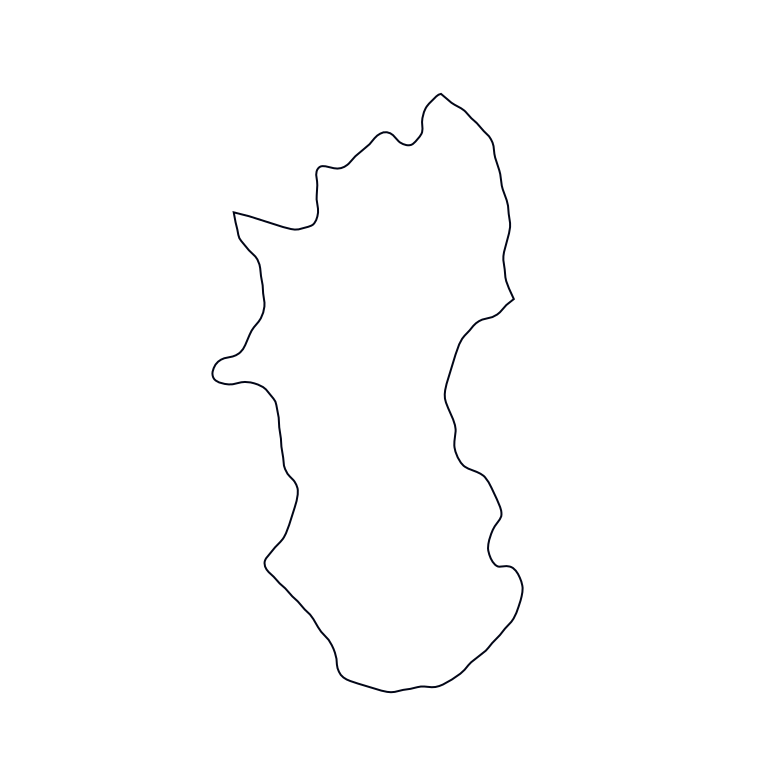 Sabana Larga, San José de Ocoa, Dominican Republic (Natural Earth projection), rotated 17°
{"feature_id": "3306468B82901312279704", "entity_name": "Sabana Larga", "entity_type": "district", "adm_level": 2, "iso_a3": "DOM", "parent_name": "Dominican Republic", "parent_adm1": "San José de Ocoa", "projection": "natural_earth1", "projection_center": [-70.54, 18.642], "detail": "fine", "context": "isolated", "style": "outline", "palette": "ink", "viewbox_px": 768, "rotation_deg": 17, "n_neighbors": 0, "source": "geoboundaries", "source_scale": "gbopen_adm2", "svg_char_len": 3757}
<svg xmlns="http://www.w3.org/2000/svg" viewBox="0 0 768 768"><g transform="rotate(17 384 384)"><path d="M190.1,263.8L194.8,272.8L198.6,279.2L201.1,284.0L203.1,286.9L205.7,289.0L215.7,295.6L223.7,299.7L226.5,301.9L230.0,306.2L231.8,309.6L234.8,316.7L239.1,325.1L241.9,332.6L245.9,341.1L247.0,344.9L247.6,351.0L247.0,357.2L245.9,361.0L243.0,367.8L241.8,371.7L241.1,376.1L239.9,387.4L239.0,391.8L237.4,395.5L236.4,397.1L234.0,399.8L231.3,401.9L223.7,406.1L221.0,408.4L218.8,411.2L217.2,414.7L216.5,418.6L216.5,422.4L216.9,424.3L217.7,426.1L218.8,427.7L220.4,429.1L222.1,429.9L225.8,430.7L231.6,430.5L235.6,429.8L239.4,428.5L247.0,424.1L250.4,422.7L256.0,421.5L259.8,421.3L263.6,421.4L269.2,422.3L272.7,423.7L282.7,430.4L285.3,432.6L287.2,435.6L293.1,446.9L296.5,456.1L301.4,466.4L304.2,473.9L309.2,484.1L312.2,491.3L314.3,494.3L318.0,498.1L321.0,500.0L325.6,502.5L327.0,503.5L329.6,506.0L331.8,509.0L332.6,510.7L333.8,514.9L334.6,521.4L334.7,528.2L334.5,546.5L333.9,555.5L333.1,559.9L332.5,561.9L331.0,565.4L327.6,572.0L322.2,585.2L321.9,586.8L321.8,588.5L322.1,590.2L323.6,593.3L325.9,595.7L328.7,597.6L334.9,600.6L342.5,605.2L349.3,608.3L358.4,613.9L365.1,617.1L374.1,622.8L380.7,626.1L385.1,629.4L392.0,635.8L396.3,639.3L405.9,644.9L410.4,649.0L413.2,652.1L415.7,655.4L418.9,660.7L421.0,666.1L422.7,669.4L425.0,672.3L427.7,674.8L431.0,676.5L434.7,677.5L438.6,677.9L446.6,678.1L471.1,678.0L477.0,677.5L480.8,676.7L484.3,675.3L491.8,670.9L498.4,667.8L504.5,664.2L507.6,662.6L511.1,661.5L518.3,660.0L521.8,658.7L525.1,656.7L528.2,654.2L535.3,646.8L541.7,638.7L544.6,633.8L546.9,628.2L548.7,624.6L559.3,609.3L561.0,605.6L563.2,600.1L568.3,590.1L571.2,582.6L575.3,574.2L576.5,570.4L577.5,564.2L577.8,557.7L577.9,551.2L577.7,546.9L577.2,542.6L576.2,538.5L575.3,536.5L573.1,532.8L570.5,529.5L567.7,526.5L564.6,524.0L561.2,522.3L559.4,521.9L557.7,521.8L554.4,522.3L547.7,525.0L546.2,525.2L544.6,524.9L543.0,524.3L539.9,522.3L537.1,519.6L534.6,516.4L532.4,512.8L531.5,510.7L530.6,506.6L530.2,502.3L530.3,495.9L530.7,491.7L531.5,487.7L534.3,479.6L534.8,476.3L534.5,474.5L533.9,472.7L533.1,470.9L531.0,467.7L525.7,461.3L517.1,451.8L512.7,447.3L507.8,443.6L506.1,442.7L502.5,441.6L498.7,441.0L489.4,440.3L485.7,439.5L484.0,438.9L480.5,436.8L476.0,432.7L472.1,427.8L470.0,424.1L469.2,422.2L468.1,418.2L466.3,408.2L465.7,406.3L463.9,402.6L460.4,397.6L452.4,388.3L448.6,383.5L446.5,380.0L445.1,376.1L444.3,372.0L443.8,365.6L443.8,334.9L444.3,324.1L445.5,317.9L446.9,314.3L450.2,307.7L452.4,302.3L454.2,299.0L456.5,296.1L459.1,293.7L468.1,288.3L471.9,284.5L473.9,281.5L477.9,272.7L483.3,264.8L475.5,256.0L470.8,249.9L468.9,246.5L465.9,239.1L461.9,230.6L460.8,226.8L460.2,222.7L459.5,203.3L458.7,197.1L457.5,193.2L453.5,184.8L450.5,177.3L447.6,172.4L440.7,163.2L438.7,160.0L433.8,149.3L431.8,146.0L424.1,135.0L422.3,131.7L419.2,124.5L417.2,121.4L414.7,118.7L412.0,116.4L405.5,113.0L396.5,107.4L389.8,104.3L382.2,99.7L380.7,99.0L377.1,97.8L369.8,96.3L366.2,95.3L353.7,89.9L351.6,91.4L349.9,93.7L345.1,102.7L343.7,106.2L343.2,108.2L342.7,112.3L343.0,118.5L343.8,122.4L346.2,128.7L346.8,132.0L346.7,133.7L345.8,137.0L343.2,143.0L341.5,145.9L340.3,147.2L338.8,148.1L337.2,148.7L335.5,149.0L332.1,149.0L328.6,148.3L327.0,147.6L319.9,143.4L316.7,142.4L313.2,142.4L309.9,143.5L307.2,145.7L304.9,148.4L303.1,151.7L300.1,158.9L290.0,174.6L285.9,183.5L284.9,185.1L282.6,187.9L279.8,190.1L276.5,191.6L273.0,192.3L264.5,192.9L261.5,193.6L260.1,194.3L258.9,195.4L258.0,197.0L257.5,198.7L257.4,200.4L258.0,203.8L260.8,209.9L262.1,213.4L264.5,223.3L265.6,227.2L269.6,235.6L270.8,239.3L271.3,243.3L271.2,247.2L270.3,250.8L269.4,252.5L268.2,253.8L265.6,255.8L257.1,261.1L253.6,262.4L249.8,263.0L241.7,263.4L205.9,263.0L190.1,263.8Z" fill="none" stroke="#020617" stroke-width="2"/></g></svg>